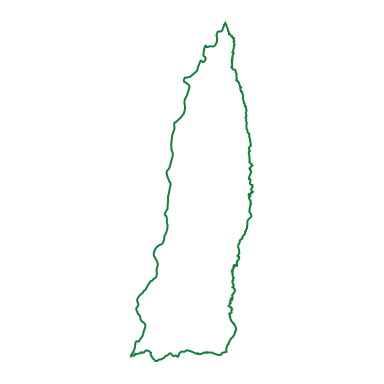 Sabanalarga, Antioquia, Colombia (Equal Earth projection)
{"feature_id": "7082276B31262056957289", "entity_name": "Sabanalarga", "entity_type": "district", "adm_level": 2, "iso_a3": "COL", "parent_name": "Colombia", "parent_adm1": "Antioquia", "projection": "equal_earth", "projection_center": [-75.781, 6.921], "detail": "fine", "context": "isolated", "style": "outline", "palette": "green", "viewbox_px": 384, "rotation_deg": 0, "n_neighbors": 0, "source": "geoboundaries", "source_scale": "gbopen_adm2", "svg_char_len": 6004}
<svg xmlns="http://www.w3.org/2000/svg" viewBox="0 0 384 384"><path d="M131.2,356.1L132.2,355.1L133.4,355.8L134.1,355.6L134.8,355.0L134.8,354.3L135.2,353.7L137.0,354.1L141.1,352.9L140.9,352.4L141.3,352.3L143.6,352.7L146.0,350.4L148.2,350.7L150.6,352.4L151.0,353.0L150.6,353.9L150.7,354.9L151.4,355.8L151.8,356.9L153.6,359.2L154.5,359.8L155.1,360.8L155.9,361.0L157.5,360.9L158.0,360.6L158.4,359.8L159.8,359.4L161.1,359.5L163.0,358.2L163.7,358.1L165.8,355.8L166.7,355.7L167.8,355.0L169.6,353.4L170.8,353.5L172.7,355.6L173.5,356.2L175.9,355.5L177.4,356.7L178.0,356.7L178.6,355.9L178.6,355.0L179.3,353.4L181.5,351.5L184.4,351.8L185.1,351.5L185.7,350.7L187.3,350.3L190.9,351.3L196.3,353.7L197.5,353.2L197.7,353.7L198.3,353.8L198.5,354.1L199.1,353.8L200.1,354.1L202.2,353.6L203.9,352.6L205.5,352.6L206.8,352.2L207.2,352.8L208.0,352.5L212.2,352.6L214.1,353.7L219.0,355.1L221.1,354.7L221.4,354.6L221.8,353.3L222.1,353.1L223.6,352.5L226.4,351.9L226.4,347.9L227.8,344.5L228.7,343.9L228.6,342.5L229.4,341.9L230.0,340.2L230.9,339.1L231.3,338.0L232.4,337.5L233.0,336.9L235.2,332.4L235.0,331.6L235.4,331.4L236.2,329.4L235.6,326.6L234.0,324.1L234.0,323.5L233.1,323.3L232.1,321.6L231.2,321.0L229.9,316.7L230.2,316.1L229.7,315.5L229.3,314.2L229.4,313.4L230.5,313.6L231.6,312.5L231.4,312.2L231.4,310.5L232.1,309.5L231.6,308.8L231.6,308.1L231.0,308.0L230.7,307.1L230.0,306.8L229.6,306.0L228.8,305.9L229.4,305.2L229.6,303.9L229.9,303.4L230.6,303.3L230.5,302.4L230.7,301.9L230.0,301.1L230.7,300.4L230.8,299.6L232.1,299.8L232.1,299.4L231.2,298.4L232.6,297.9L232.3,296.9L232.5,295.7L232.1,295.0L233.9,292.9L234.9,291.1L234.7,289.0L234.0,288.6L233.7,287.8L232.4,287.3L232.5,286.9L233.4,286.0L233.7,285.0L233.6,284.4L232.6,283.4L232.6,282.3L232.3,281.9L232.6,281.3L232.5,280.6L233.3,280.0L233.1,278.6L233.8,278.0L232.6,276.1L232.7,273.8L232.1,272.8L232.6,272.2L232.7,271.5L231.8,271.1L232.3,269.8L233.0,269.6L233.2,268.4L233.7,268.0L233.9,267.4L233.4,266.8L233.4,266.3L234.0,265.2L234.8,264.9L235.1,265.9L236.0,265.4L236.9,265.9L237.2,265.7L236.7,263.2L237.2,262.3L237.0,261.3L238.8,259.3L239.2,256.9L238.8,256.4L237.7,256.5L237.4,255.9L239.4,253.2L239.1,252.6L239.1,249.9L238.2,247.2L238.2,245.6L238.5,244.5L239.5,243.1L239.8,240.9L240.4,239.7L241.4,239.4L242.3,238.6L242.2,237.1L245.0,233.6L245.0,231.9L245.9,231.1L245.9,229.8L247.0,228.3L247.0,226.5L247.4,224.8L247.4,221.0L248.6,219.2L251.0,217.0L251.5,215.7L250.9,214.0L249.6,212.1L249.3,211.3L249.7,210.6L249.5,209.0L249.8,208.2L250.1,205.9L251.1,204.2L250.4,203.1L250.8,202.0L250.4,201.4L250.6,200.5L249.7,199.8L248.9,197.7L249.1,197.0L250.4,196.5L250.4,196.2L249.9,195.5L248.9,195.4L248.5,194.8L248.8,194.2L249.7,194.9L250.0,194.8L250.7,194.0L250.6,193.3L250.9,192.9L252.5,192.5L252.9,191.9L252.7,191.4L251.6,190.9L251.2,189.8L251.2,188.8L252.3,187.9L252.5,187.1L252.6,186.4L252.2,186.0L252.3,185.0L250.9,184.8L249.9,183.5L249.8,182.9L250.4,180.6L250.3,179.4L250.1,179.1L249.0,179.2L248.9,178.9L249.2,176.9L251.1,172.4L251.0,171.1L250.0,170.1L249.6,168.7L250.4,168.7L250.2,167.3L252.4,165.7L251.7,164.9L251.5,164.0L250.7,163.9L250.0,163.2L249.3,162.0L249.9,160.8L249.5,160.1L249.7,159.6L249.4,158.8L249.5,156.8L248.7,152.1L248.9,151.6L249.7,151.3L249.8,150.7L249.0,148.8L249.0,147.9L249.4,147.0L250.9,145.7L250.9,145.0L250.4,144.0L250.7,142.7L250.1,141.5L250.3,141.0L250.0,140.5L250.0,138.8L249.1,136.5L249.4,134.0L249.2,133.6L247.6,132.5L247.3,130.0L246.4,128.4L246.5,124.0L246.8,122.3L246.0,121.1L246.3,118.5L245.5,117.6L246.5,115.7L245.9,113.4L245.9,112.4L246.6,110.4L246.0,108.3L246.1,106.9L245.8,106.4L244.8,106.2L244.8,104.0L243.8,103.1L244.0,101.6L243.3,100.3L243.0,98.7L243.1,95.9L242.6,94.6L242.4,93.1L241.7,92.2L241.9,91.6L240.9,91.4L240.4,89.3L240.3,88.3L241.1,87.5L240.8,87.0L240.2,87.0L239.9,86.7L239.9,85.6L239.3,84.4L239.0,82.8L238.0,81.7L237.5,81.6L237.3,80.6L236.9,80.6L236.2,80.1L236.8,78.6L236.4,76.8L236.6,73.8L235.7,72.1L235.6,70.5L235.0,69.8L232.8,69.3L231.4,67.1L231.5,66.8L232.2,66.6L232.3,65.5L231.8,62.8L232.1,62.8L231.9,61.6L232.2,60.2L231.8,60.5L231.7,60.2L232.1,58.7L232.2,57.3L232.7,56.5L232.6,55.3L233.7,53.4L232.4,52.4L233.2,51.7L233.2,50.2L233.8,47.9L233.8,46.0L234.6,44.6L234.1,43.9L234.1,42.3L233.6,41.7L234.3,41.0L233.4,39.0L234.0,38.4L232.2,37.1L232.3,36.3L231.1,36.0L230.0,34.1L229.0,34.2L228.9,32.2L228.1,31.2L227.7,28.8L225.3,23.0L224.1,24.9L222.8,29.1L222.1,30.5L221.0,31.5L218.0,31.5L217.4,32.4L216.4,35.6L217.1,37.1L217.0,41.1L216.7,42.3L215.1,45.4L213.3,46.5L209.4,46.3L208.2,47.0L206.8,47.1L206.5,47.0L205.9,45.7L205.7,45.6L205.3,45.9L204.2,48.9L203.8,50.8L203.4,55.3L203.5,55.9L205.0,56.9L205.7,58.2L205.6,59.3L204.7,61.0L203.7,62.1L203.1,62.2L201.4,60.7L200.5,60.8L197.8,67.7L197.2,70.3L196.7,71.2L190.3,76.6L186.3,77.7L185.0,77.6L184.3,78.5L183.8,80.6L184.1,81.7L187.5,83.8L189.2,85.6L189.4,86.2L189.4,87.8L188.0,91.9L187.0,95.4L185.2,98.5L184.5,100.8L184.4,102.7L184.9,105.6L185.1,108.8L183.9,113.4L180.8,117.5L175.9,122.1L174.5,122.7L174.3,123.4L174.2,125.5L174.6,128.2L172.2,135.4L171.2,144.5L171.6,150.4L172.7,152.6L172.8,155.6L169.7,167.1L168.6,169.2L167.2,170.5L166.5,172.4L167.2,176.0L169.2,181.3L170.4,182.8L170.6,183.8L168.9,193.3L168.0,196.7L168.1,201.2L167.6,205.5L167.6,208.4L165.2,212.9L164.8,214.5L165.3,215.6L166.1,215.8L166.7,217.7L166.9,219.1L166.8,222.5L167.5,224.4L167.5,227.2L167.2,229.2L166.0,233.3L164.5,235.7L164.1,239.8L163.2,242.2L161.7,244.2L158.5,245.5L156.4,247.4L154.9,249.9L153.9,252.6L153.7,254.3L153.9,255.8L156.8,260.9L157.8,263.8L157.8,264.9L156.5,269.8L156.9,274.1L156.4,276.2L155.6,277.6L153.2,279.3L152.5,280.4L150.7,281.2L149.2,283.2L145.4,289.8L143.7,291.1L142.7,292.9L140.4,294.7L139.3,295.9L137.7,298.2L137.3,299.5L137.1,300.6L138.3,304.2L138.3,305.0L137.5,306.7L136.2,308.4L136.3,309.7L138.0,313.7L139.8,315.6L140.8,320.0L142.1,321.6L143.6,322.5L144.4,323.3L145.2,324.7L145.4,325.9L145.1,327.8L143.7,331.3L143.1,334.4L142.4,336.1L138.7,341.5L136.4,341.3L135.6,342.4L134.6,348.7L132.9,352.6L131.3,354.7L131.1,355.2L131.2,356.1Z" fill="none" stroke="#15803d" stroke-width="2"/></svg>